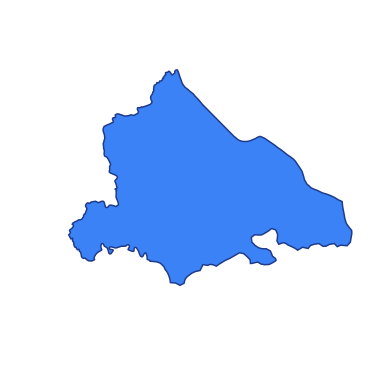 outline of Nong, Savannakhét, Laos, rotated 153°
{"feature_id": "54806243B35182777115371", "entity_name": "Nong", "entity_type": "district", "adm_level": 2, "iso_a3": "LAO", "parent_name": "Laos", "parent_adm1": "Savannakhét", "projection": "mercator", "projection_center": [106.609, 16.399], "detail": "fine", "context": "isolated", "style": "filled", "palette": "blue", "viewbox_px": 384, "rotation_deg": 153, "n_neighbors": 0, "source": "geoboundaries", "source_scale": "gbopen_adm2", "svg_char_len": 6077}
<svg xmlns="http://www.w3.org/2000/svg" viewBox="0 0 384 384"><g transform="rotate(153 192 192)"><path d="M260.8,149.4L255.4,146.0L252.5,143.0L250.9,138.3L251.1,135.2L250.5,132.2L250.5,129.5L251.0,125.5L251.7,122.8L252.4,121.1L247.9,118.3L245.1,114.3L240.5,114.3L238.1,117.1L235.0,118.7L231.8,119.3L228.4,119.8L225.1,119.6L220.4,118.4L215.2,122.3L211.3,119.5L208.7,119.3L206.3,117.7L204.0,114.9L200.9,115.4L194.0,115.9L191.0,115.9L188.7,115.7L177.2,116.3L173.8,113.5L172.1,109.0L171.0,105.1L172.4,101.8L170.8,101.1L165.3,99.8L163.2,96.5L160.4,94.3L156.1,92.4L152.1,92.4L149.2,92.6L148.1,93.0L147.8,94.9L149.4,98.1L148.9,103.8L151.5,107.6L155.5,109.8L157.9,112.0L160.2,116.0L160.7,118.2L161.4,119.9L159.9,124.6L155.5,125.4L151.6,123.1L149.5,122.2L146.4,122.2L141.4,122.6L137.6,123.3L134.6,120.2L134.9,115.6L136.3,113.0L138.5,109.9L138.5,106.1L133.7,105.4L132.1,104.1L130.4,101.0L128.1,98.2L125.7,95.0L124.3,92.2L118.6,92.6L114.2,89.0L110.6,90.6L106.6,89.9L102.3,88.4L99.9,84.1L97.3,82.9L93.1,82.9L88.6,81.4L87.4,77.4L83.6,77.1L78.2,73.7L73.7,75.4L71.5,78.4L68.4,82.5L67.2,85.3L68.1,89.4L68.8,94.0L67.8,99.4L66.4,103.7L64.7,109.7L62.6,115.4L65.0,118.3L67.4,122.3L70.4,126.2L73.9,129.9L76.2,131.9L79.4,136.3L81.8,138.9L84.0,141.6L84.9,144.3L86.1,147.2L86.2,152.0L85.4,155.6L84.6,160.4L84.9,164.3L85.4,168.1L85.9,172.4L86.7,175.2L88.5,178.9L90.3,182.1L93.5,189.2L95.6,192.9L96.8,195.7L102.9,206.9L105.0,209.5L106.1,210.6L107.1,210.9L109.4,211.0L111.2,210.8L117.4,211.3L119.0,211.7L121.6,212.8L123.5,213.8L124.9,214.9L126.6,216.7L127.6,218.4L128.4,220.6L129.3,222.3L143.0,265.4L144.1,270.5L145.9,276.6L146.2,278.5L148.1,282.6L149.0,285.0L150.6,288.3L150.8,289.1L151.4,293.0L150.7,298.2L150.5,300.5L149.9,303.7L149.6,307.4L150.6,307.9L151.5,307.9L152.2,307.6L152.5,307.3L153.3,306.0L153.8,305.5L155.1,305.6L155.4,305.5L155.8,305.3L156.5,305.4L156.9,305.8L157.0,306.3L156.9,307.5L157.1,308.8L157.3,309.4L157.8,310.1L158.4,310.0L158.8,309.8L159.3,309.7L159.9,309.9L160.5,310.2L161.3,310.3L161.5,310.2L161.8,309.7L161.8,309.4L161.9,308.9L162.1,308.6L162.4,308.4L163.1,308.4L163.6,308.2L164.8,307.3L165.3,307.3L165.7,307.1L165.8,306.9L165.7,306.4L165.9,306.2L166.4,306.0L166.8,306.2L167.2,306.1L167.8,305.2L168.1,305.0L169.2,305.0L169.4,305.1L169.7,305.3L170.1,305.5L170.4,305.5L171.8,304.4L172.7,304.8L173.6,305.4L174.4,304.6L174.9,304.3L176.3,304.3L176.9,304.2L177.7,303.7L178.1,303.2L178.7,302.1L179.6,301.0L179.8,300.2L180.4,299.3L181.3,299.0L181.8,298.3L182.9,297.3L183.9,296.7L184.3,296.6L185.6,295.6L186.4,294.0L186.6,291.0L187.1,289.9L188.4,289.4L189.8,288.9L191.0,289.2L194.1,289.5L195.9,289.9L197.6,290.0L198.0,290.5L198.6,290.8L199.7,290.6L200.5,290.8L201.4,291.5L202.2,291.7L202.7,291.3L203.1,290.6L203.3,287.8L204.3,286.9L205.2,286.6L206.4,286.7L208.2,286.6L209.1,286.7L211.1,288.3L211.9,288.6L214.0,288.8L216.3,289.7L217.7,290.3L218.6,291.4L221.8,294.7L223.3,295.6L224.7,295.6L225.5,295.4L226.2,293.3L226.8,293.2L227.7,293.6L228.6,293.9L229.6,293.4L229.9,292.6L230.0,290.7L230.5,290.0L235.0,290.0L236.7,290.3L240.5,290.3L242.2,289.0L243.4,287.0L244.1,282.6L245.3,279.5L249.1,275.4L251.0,270.6L251.3,268.6L253.1,265.7L253.4,264.5L253.3,263.2L252.5,262.4L252.0,261.5L251.7,259.1L251.8,255.2L252.0,253.6L252.4,253.0L253.2,252.6L253.8,252.1L254.3,251.3L255.2,249.2L256.3,248.1L256.6,247.1L256.1,246.0L252.7,242.0L251.6,240.1L251.9,238.8L252.9,238.0L254.6,237.5L255.7,236.8L255.9,235.9L255.9,234.6L256.2,232.8L257.0,229.5L257.8,229.4L258.9,229.6L259.2,229.2L258.8,228.4L258.5,227.7L259.4,226.9L259.9,225.6L261.9,222.2L262.2,220.5L262.4,217.3L262.7,215.8L263.3,214.1L264.2,213.8L264.9,213.8L265.9,213.6L266.7,213.9L268.2,215.5L270.0,217.0L270.9,217.4L271.9,217.7L273.2,216.9L275.0,216.8L275.5,217.2L275.9,217.7L274.9,223.0L275.2,223.9L276.3,224.6L277.5,224.9L279.7,224.9L280.6,225.4L282.1,227.5L285.8,228.7L286.7,228.8L287.5,228.7L288.4,228.3L289.0,228.7L289.6,229.5L290.2,229.7L291.0,229.6L292.0,229.1L293.0,228.3L293.3,227.4L293.1,225.3L293.2,224.9L293.6,224.4L296.0,222.2L297.0,221.1L298.1,221.2L299.3,220.2L300.2,219.0L300.7,218.8L302.2,218.0L303.5,217.8L303.9,217.8L304.8,218.3L305.4,218.6L308.5,218.4L309.7,218.6L312.5,218.3L313.0,217.9L313.3,217.5L313.1,217.4L312.9,217.1L312.8,216.4L312.9,215.9L313.3,215.3L315.5,214.1L316.3,213.9L317.5,213.9L318.0,213.7L318.4,213.5L318.7,213.0L318.7,212.5L318.6,211.8L318.6,211.4L318.9,210.9L320.1,210.2L321.2,209.9L321.3,208.9L321.2,205.2L320.8,205.0L319.8,205.1L319.5,205.0L319.5,204.6L320.5,203.0L320.6,202.3L320.5,201.9L320.1,200.9L320.5,200.2L321.3,198.5L321.4,196.3L321.2,195.9L320.7,195.7L320.4,195.2L320.4,194.9L320.6,194.2L320.3,192.6L320.1,192.5L319.1,192.4L318.7,192.2L318.6,191.9L319.2,190.7L318.8,189.6L318.8,187.9L319.4,185.7L319.7,185.3L319.7,183.7L319.2,182.6L318.9,182.2L317.3,181.6L316.1,178.7L315.6,177.9L314.9,177.3L314.1,177.1L313.3,176.3L312.8,176.1L310.9,175.9L309.5,176.0L309.4,177.1L308.9,178.0L308.2,178.7L306.1,180.1L304.2,180.8L302.5,181.1L299.8,181.2L298.9,181.3L298.5,181.8L298.4,183.4L298.0,184.6L297.3,185.8L296.4,186.8L296.1,186.9L295.7,186.9L295.3,186.8L295.0,186.6L294.6,185.6L294.6,185.1L294.7,184.1L294.6,183.4L293.6,181.9L293.1,180.9L293.0,180.0L293.1,178.7L293.8,175.1L293.7,174.7L293.5,174.3L293.1,174.0L292.6,173.9L292.0,173.9L289.5,175.2L288.9,175.6L288.7,175.9L288.7,176.3L288.8,176.5L290.8,178.0L291.1,178.3L291.2,178.7L291.2,179.2L290.8,179.8L290.4,180.1L289.8,180.2L289.5,180.1L289.0,179.9L286.6,177.8L285.8,177.0L284.6,176.5L279.5,175.7L276.3,174.1L275.8,174.0L273.4,174.3L273.0,174.2L272.6,173.9L272.3,173.2L272.2,172.7L272.5,171.9L272.9,171.4L274.8,170.1L275.0,169.8L275.0,169.4L274.3,168.6L272.8,166.9L271.6,165.9L271.2,165.7L270.6,165.8L270.2,166.3L269.2,168.0L268.8,168.3L268.3,168.5L268.0,168.5L267.7,168.4L267.2,168.0L266.9,167.5L266.7,166.5L266.5,163.2L266.8,161.7L267.0,159.7L267.0,158.5L266.9,158.1L266.3,157.2L266.0,156.9L265.5,156.9L264.4,157.3L263.8,157.9L262.2,158.9L261.5,159.0L261.3,159.0L261.0,158.8L260.9,158.5L260.9,157.6L261.0,156.3L261.3,155.0L262.5,152.5L262.3,152.0L260.7,150.3L260.6,149.8L260.8,149.4Z" fill="#3b82f6" stroke="#1e3a8a" stroke-width="1.5"/></g></svg>